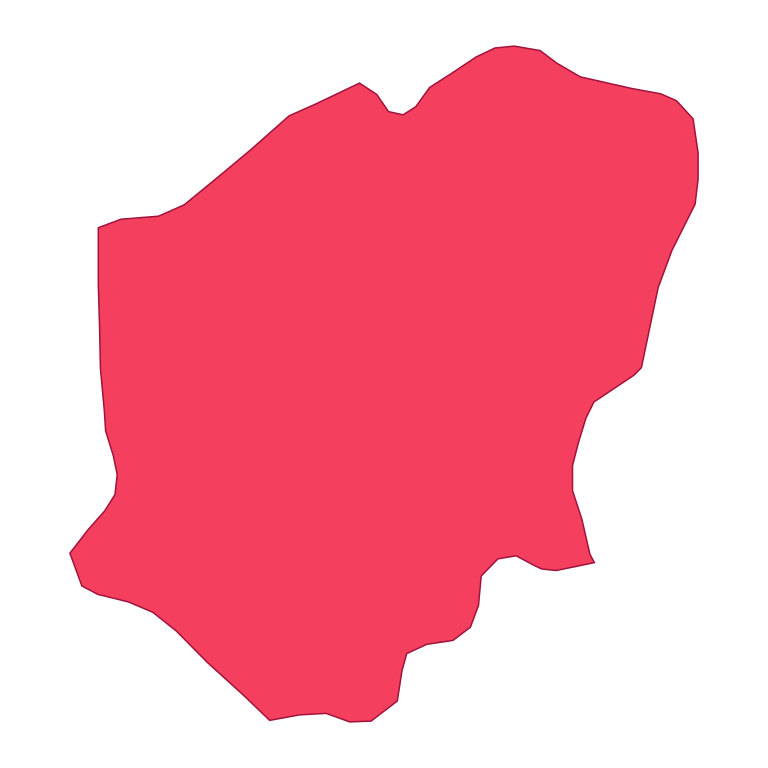 the district of Lèkoni-Lèkori, Haut-Ogooué, Gabon
{"feature_id": "22940354B21912666573849", "entity_name": "Lèkoni-Lèkori", "entity_type": "district", "adm_level": 2, "iso_a3": "GAB", "parent_name": "Gabon", "parent_adm1": "Haut-Ogooué", "projection": "natural_earth1", "projection_center": [13.947, -1.086], "detail": "fine", "context": "isolated", "style": "filled", "palette": "rose", "viewbox_px": 768, "rotation_deg": 0, "n_neighbors": 0, "source": "geoboundaries", "source_scale": "gbopen_adm2", "svg_char_len": 1061}
<svg xmlns="http://www.w3.org/2000/svg" viewBox="0 0 768 768"><path d="M641.4,367.7L649.4,329.5L658.2,287.5L672.0,250.3L695.1,204.2L698.1,179.3L698.1,152.9L693.1,118.9L676.6,100.8L660.7,93.8L631.3,88.4L580.4,76.9L557.0,63.3L540.0,50.5L514.1,46.1L494.9,48.0L476.2,56.9L455.3,70.9L429.7,87.4L415.7,106.8L403.1,114.8L388.5,111.6L376.7,94.4L359.5,83.1L314.8,104.4L289.0,115.9L250.3,150.1L221.1,174.5L184.2,204.8L158.4,216.2L121.0,219.2L98.3,227.7L98.3,285.3L99.6,327.6L100.4,368.3L104.3,410.5L105.6,430.9L113.3,455.8L117.2,474.6L115.0,494.5L104.7,510.9L88.4,529.3L69.9,553.2L81.9,586.0L97.8,594.4L128.3,601.9L152.8,612.3L176.5,631.2L207.4,662.5L243.0,694.8L269.7,720.4L299.2,714.9L326.1,713.4L349.6,721.9L371.1,721.1L397.3,701.0L402.0,670.7L406.7,653.6L426.8,644.3L453.0,640.4L470.4,627.2L478.5,605.5L481.2,576.0L497.9,558.9L516.1,555.8L533.5,565.1L541.6,569.0L556.3,570.5L582.5,565.1L594.4,562.6L589.9,554.2L581.9,519.3L572.5,490.5L572.5,465.7L578.5,442.4L585.9,418.3L593.9,402.0L634.1,375.1L641.4,367.7Z" fill="#f43f5e" stroke="#9f1239" stroke-width="1.5"/></svg>